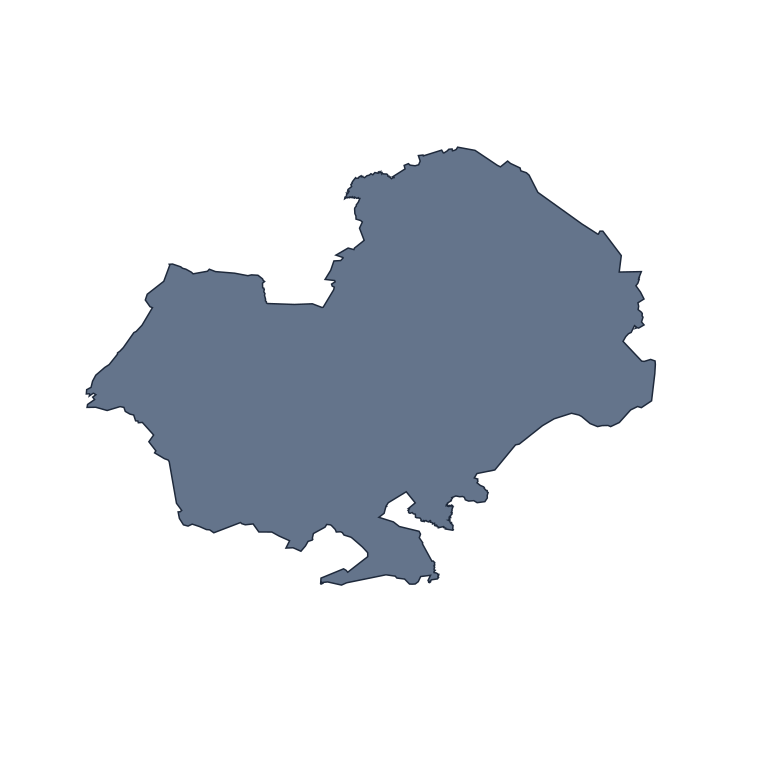 Zvārdes pag., Saldus, Latvia (Robinson projection), rotated 336°
{"feature_id": "27541924B82314272532739", "entity_name": "Zvārdes pag.", "entity_type": "district", "adm_level": 2, "iso_a3": "LVA", "parent_name": "Latvia", "parent_adm1": "Saldus", "projection": "robinson", "projection_center": [22.598, 56.546], "detail": "fine", "context": "isolated", "style": "filled", "palette": "slate", "viewbox_px": 768, "rotation_deg": 336, "n_neighbors": 0, "source": "geoboundaries", "source_scale": "gbopen_adm2", "svg_char_len": 6159}
<svg xmlns="http://www.w3.org/2000/svg" viewBox="0 0 768 768"><g transform="rotate(336 384 384)"><path d="M646.1,333.4L643.4,332.2L640.8,334.3L640.2,334.0L629.9,318.3L602.5,271.5L601.5,252.2L600.0,248.9L595.7,244.9L596.2,242.0L589.3,234.0L587.6,230.6L578.7,233.0L576.6,230.5L562.2,207.6L547.6,197.6L545.4,199.1L543.4,199.2L541.4,198.8L541.8,197.0L538.7,195.9L536.5,196.8L532.9,197.3L532.2,197.0L531.8,193.8L512.7,191.6L512.8,190.7L508.3,189.3L507.7,195.1L504.8,197.8L501.2,197.3L496.9,194.7L495.9,192.6L491.3,192.5L490.7,196.1L476.3,198.2L477.6,199.9L476.1,199.1L474.4,199.5L473.7,198.1L474.1,197.6L472.9,196.9L473.1,196.1L472.1,195.7L472.4,194.2L471.9,193.3L468.7,191.7L468.3,190.8L467.6,191.1L468.1,189.9L467.0,189.5L467.3,188.8L466.2,189.3L465.9,188.0L465.0,188.1L464.3,189.1L461.7,187.1L458.9,188.3L457.6,186.6L455.6,187.2L453.1,186.8L450.2,187.6L448.9,186.2L449.0,185.6L447.6,185.5L447.8,184.5L445.4,184.7L444.3,185.5L442.1,184.7L441.9,184.0L438.4,185.8L436.6,187.0L436.5,187.7L434.9,188.3L434.7,190.5L430.3,191.6L429.2,193.0L430.4,193.4L430.3,194.0L428.7,194.7L427.7,194.4L428.1,195.3L427.0,195.4L426.4,196.6L425.3,197.5L424.4,197.4L423.4,198.8L425.4,198.5L426.1,199.0L426.7,198.7L427.1,199.2L428.7,199.2L428.6,199.9L429.9,199.8L430.4,200.6L431.0,200.3L430.9,200.9L432.4,201.1L432.1,201.7L432.6,202.2L433.4,201.5L434.6,203.3L436.2,203.4L436.0,203.8L437.4,204.7L434.4,207.5L431.4,209.2L431.1,210.2L429.2,211.1L428.4,212.0L426.7,216.5L426.7,219.1L425.5,222.0L429.1,225.1L430.1,227.2L425.0,231.7L424.3,244.7L412.3,247.8L411.2,249.0L406.5,245.2L392.5,246.7L398.0,251.8L397.8,252.3L394.6,253.6L388.3,251.2L381.6,258.4L372.7,264.5L381.0,269.4L380.9,270.8L376.7,271.4L376.5,273.5L378.0,275.3L376.3,277.5L359.7,289.1L358.5,288.9L351.2,281.6L334.5,274.9L310.1,263.0L309.6,262.1L310.0,261.0L309.5,259.8L310.3,258.3L310.9,254.4L312.0,253.0L311.7,250.9L313.0,249.0L312.8,248.9L313.2,247.6L312.3,246.7L314.0,242.5L316.6,241.8L315.8,240.3L315.8,238.5L313.1,233.4L307.3,230.4L303.7,229.7L292.6,222.0L275.8,212.8L271.1,208.1L268.6,209.2L254.4,205.7L253.5,203.5L249.7,198.5L247.0,196.3L246.0,194.3L239.6,188.4L236.5,187.3L236.6,188.3L224.6,200.6L204.2,205.7L200.1,210.2L201.7,218.2L203.5,220.1L186.8,231.9L179.0,235.2L176.4,235.3L160.7,244.7L156.1,246.6L153.2,247.2L152.6,248.4L140.8,254.5L135.6,255.3L124.3,258.7L118.9,262.9L115.0,267.9L110.1,268.2L108.0,272.0L110.9,273.1L111.1,273.6L109.9,275.1L114.3,274.2L115.0,274.4L116.4,276.6L112.5,277.5L113.3,280.5L104.9,282.1L103.2,284.6L111.2,288.0L120.3,295.6L133.7,297.3L136.9,299.6L136.5,303.8L139.7,308.2L142.7,310.5L142.1,316.6L144.1,317.7L143.8,319.5L147.6,320.8L152.8,336.9L145.7,341.1L148.4,352.3L146.4,353.6L153.1,363.0L155.8,365.5L156.2,367.5L145.9,408.6L147.8,417.2L145.8,417.8L143.9,417.1L142.4,423.6L143.5,431.1L147.2,434.1L151.8,434.0L157.6,439.3L162.6,444.8L165.4,446.3L168.0,450.7L196.6,452.2L197.2,453.7L200.0,456.2L207.5,458.6L209.5,468.3L221.3,473.6L226.3,480.2L234.0,488.8L227.7,494.0L234.3,496.6L240.1,503.0L246.4,500.0L250.6,496.9L254.9,497.4L255.7,497.0L255.9,495.6L258.7,491.9L271.9,490.8L274.5,489.0L277.7,490.8L278.4,491.8L280.3,497.1L280.2,499.8L284.2,501.3L285.5,502.8L286.0,505.7L291.4,510.4L292.3,511.9L298.0,524.1L300.5,531.5L298.9,535.1L274.3,541.2L273.6,538.8L271.9,536.4L247.5,535.7L245.6,539.3L247.1,539.7L245.8,539.9L244.9,540.6L245.1,541.2L247.3,541.2L248.0,540.6L252.0,541.9L263.4,550.4L269.0,550.4L308.2,559.1L316.1,564.1L316.8,566.5L323.5,570.6L325.9,577.1L328.3,578.3L331.2,579.4L334.9,578.5L339.2,574.8L348.7,577.7L344.3,581.4L344.4,582.6L345.2,582.8L344.3,583.5L344.9,584.0L346.2,583.6L346.7,582.6L347.7,582.2L353.6,583.8L355.1,582.9L354.7,582.5L355.0,581.6L355.8,581.4L356.6,580.3L355.7,580.0L355.9,579.3L354.9,577.9L353.0,576.6L353.3,575.8L355.0,575.0L354.3,574.3L354.4,573.4L355.7,572.1L355.5,571.6L356.1,570.7L355.8,570.4L356.8,569.9L356.8,569.0L357.7,567.8L356.8,565.6L355.7,565.4L354.1,545.7L354.8,544.8L353.7,538.8L356.3,536.0L356.1,532.8L340.0,520.4L336.5,513.8L325.1,503.7L331.5,502.2L335.6,497.1L336.7,496.8L336.4,496.3L339.6,494.2L360.5,491.5L364.2,505.3L356.0,507.6L356.6,507.9L356.5,508.4L354.6,509.1L355.0,509.7L354.3,511.0L354.5,512.1L355.3,512.7L357.5,512.9L358.0,514.5L359.7,515.7L358.6,518.5L359.5,519.5L362.3,521.0L362.8,522.9L362.2,523.7L362.3,524.3L363.8,525.4L364.4,524.9L364.9,526.1L365.7,525.9L365.3,525.7L365.6,525.4L367.0,525.9L367.3,526.9L368.6,528.1L370.6,527.5L370.9,528.2L370.1,529.1L371.6,530.3L371.9,530.9L371.5,531.6L373.5,531.8L372.7,533.9L373.3,534.4L374.1,534.1L374.1,534.8L374.7,534.8L374.6,536.1L375.7,536.9L375.3,537.5L380.3,538.4L380.6,538.8L380.1,539.4L381.7,540.8L381.1,541.4L387.4,545.6L388.1,545.3L387.9,544.2L389.6,541.2L389.0,540.5L389.2,539.6L388.3,538.5L389.2,537.9L388.2,537.1L388.3,535.8L387.3,534.6L388.9,535.1L389.1,534.4L388.4,534.0L389.2,532.9L390.6,533.2L390.8,532.1L390.1,531.8L393.3,530.4L393.1,529.9L393.9,529.1L393.3,528.7L394.8,527.2L394.9,526.4L395.8,525.7L396.0,524.9L397.2,524.3L396.8,523.8L397.1,523.2L396.4,523.0L396.8,522.5L396.4,522.0L394.7,522.5L394.6,521.7L393.2,522.2L392.6,521.7L393.1,521.1L392.9,520.8L391.3,520.5L392.1,519.5L393.5,519.3L393.6,518.6L398.0,518.0L397.9,517.4L400.2,516.0L399.9,515.4L404.1,515.5L407.3,517.8L410.0,518.7L411.3,520.2L411.2,522.9L413.7,525.4L418.6,527.1L420.8,530.3L428.3,532.5L432.0,530.2L433.0,527.7L435.0,525.5L434.4,524.6L434.9,523.3L434.0,522.7L433.1,520.0L433.5,519.6L433.2,518.5L430.7,515.8L428.8,512.1L430.3,511.0L430.4,509.7L431.0,509.0L428.3,506.5L432.5,503.6L450.3,507.6L479.4,493.1L483.1,493.9L511.9,486.5L525.3,485.0L543.4,487.0L549.4,491.6L551.3,494.0L556.2,504.0L561.8,509.8L566.3,510.7L571.8,513.0L573.7,515.1L583.3,514.9L598.8,508.0L606.5,507.7L609.5,510.3L621.6,508.2L635.6,484.7L639.9,476.4L641.0,473.2L637.6,470.0L630.9,469.2L628.7,467.9L619.7,442.3L624.2,439.0L627.8,437.5L630.8,437.4L636.6,432.6L637.7,434.7L636.4,435.4L638.3,435.6L639.4,436.5L645.6,435.8L644.5,432.1L647.8,428.3L647.5,426.7L648.6,424.7L648.4,423.2L646.4,419.4L648.3,416.5L649.0,413.1L656.1,412.1L655.7,404.4L654.1,396.7L656.9,395.2L659.6,392.3L659.1,392.0L660.4,390.7L660.1,390.6L664.8,386.0L644.4,377.4L653.0,363.2L646.1,333.4Z" fill="#64748b" stroke="#1e293b" stroke-width="1.5"/></g></svg>